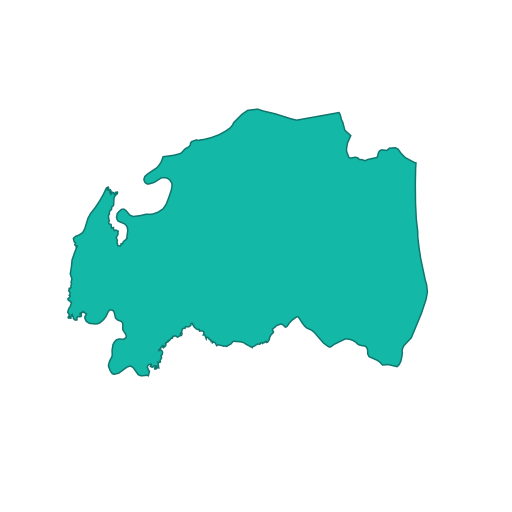 outline of Thoulakhom, Vientiane, Laos, rotated 23°
{"feature_id": "54806243B19850954629179", "entity_name": "Thoulakhom", "entity_type": "district", "adm_level": 2, "iso_a3": "LAO", "parent_name": "Laos", "parent_adm1": "Vientiane", "projection": "equal_earth", "projection_center": [102.616, 18.346], "detail": "fine", "context": "isolated", "style": "filled", "palette": "teal", "viewbox_px": 512, "rotation_deg": 23, "n_neighbors": 0, "source": "geoboundaries", "source_scale": "gbopen_adm2", "svg_char_len": 6097}
<svg xmlns="http://www.w3.org/2000/svg" viewBox="0 0 512 512"><g transform="rotate(23 256 256)"><path d="M183.3,142.0L183.3,144.6L182.1,148.3L179.1,153.1L174.5,158.9L168.7,164.4L162.4,169.2L159.2,171.0L158.1,172.1L155.8,172.4L152.0,175.9L151.6,177.7L152.1,179.2L151.7,181.5L148.9,185.0L147.1,190.1L145.9,191.6L141.0,195.4L131.7,200.9L132.0,206.0L131.3,210.3L130.3,213.4L124.3,222.6L122.6,226.2L122.8,229.1L123.6,230.3L125.3,231.8L127.9,232.2L129.2,231.6L132.8,228.7L134.1,227.2L138.3,221.1L141.0,219.7L144.1,219.0L147.1,219.8L150.0,221.8L151.2,223.9L152.3,228.5L152.9,236.6L153.1,243.6L152.0,248.9L149.0,253.6L144.9,257.5L142.3,259.0L138.5,260.5L133.9,263.9L127.6,267.6L123.9,267.7L118.6,265.0L116.0,264.5L114.0,265.6L112.7,268.2L111.7,271.0L112.6,275.2L113.7,276.5L115.5,277.8L122.2,277.7L124.2,278.4L125.7,279.3L127.9,282.3L129.9,289.6L130.5,290.0L128.3,294.7L128.4,296.8L127.0,297.5L127.4,298.7L127.2,299.8L124.8,300.5L123.4,298.5L122.7,298.1L122.3,295.8L120.2,293.8L120.5,290.0L119.7,288.4L119.5,287.0L116.8,286.9L115.7,288.0L114.2,286.8L113.7,285.5L112.0,286.7L110.3,283.6L108.1,283.8L107.3,282.8L107.2,280.8L106.1,279.6L104.5,276.8L104.4,275.8L104.7,274.9L104.0,273.3L103.9,271.2L104.8,269.8L104.1,266.9L105.0,265.4L105.0,264.7L102.5,257.7L103.0,254.9L104.0,252.8L103.8,251.8L103.4,251.3L101.8,252.3L101.9,253.7L101.3,254.5L100.9,254.4L100.1,253.3L99.4,253.7L98.7,253.5L98.4,255.5L97.3,253.2L96.8,253.3L96.8,254.7L96.2,254.3L96.6,252.3L96.2,251.9L95.8,251.9L95.3,252.7L93.4,253.3L93.3,252.4L94.0,252.0L93.9,251.0L92.9,250.3L91.7,251.9L91.4,259.2L90.5,266.7L89.1,274.2L87.1,281.8L86.6,286.9L87.7,297.5L87.5,301.1L86.7,303.2L84.4,306.4L82.4,308.2L81.4,310.0L81.1,311.3L83.0,313.9L84.9,314.5L84.7,316.4L86.4,317.3L87.3,316.5L87.8,317.3L87.2,318.9L87.7,319.6L87.6,321.9L88.2,331.4L90.2,337.6L92.0,345.0L95.5,349.0L96.1,352.7L97.1,353.7L97.2,355.2L97.8,356.8L97.7,358.2L96.7,358.7L96.7,359.1L97.3,359.4L97.0,360.6L97.5,361.5L98.5,361.9L99.6,363.2L99.7,364.4L99.4,365.1L100.6,365.5L100.8,365.9L99.5,369.1L100.9,370.2L102.1,369.8L103.2,370.9L104.1,370.7L104.5,371.4L104.7,375.3L104.3,376.9L104.4,380.0L104.7,381.4L106.9,382.8L107.1,383.7L108.0,384.7L107.1,385.2L107.0,385.9L107.6,386.4L109.9,385.6L109.2,383.5L109.3,382.4L109.7,381.7L110.5,383.0L111.7,383.4L112.0,384.5L112.6,385.0L114.7,385.7L116.2,384.7L115.4,383.4L115.4,382.0L116.6,380.7L117.3,380.9L118.5,380.2L118.7,379.2L118.2,378.5L116.8,378.5L116.6,377.1L117.7,377.3L117.6,376.2L118.5,374.6L118.8,374.6L119.1,375.4L120.1,375.0L122.6,375.7L122.2,378.7L122.8,380.2L124.9,382.2L126.3,382.7L129.0,383.1L134.5,381.4L136.5,380.4L138.5,378.4L140.6,374.0L141.5,370.4L141.7,365.8L142.2,363.1L144.3,362.0L146.2,362.3L147.5,363.3L151.0,368.1L153.9,369.0L157.4,368.8L159.2,369.7L160.3,371.3L161.8,375.2L162.4,376.1L167.1,379.3L168.2,381.1L168.0,382.3L167.3,383.6L166.1,384.6L162.3,385.9L160.3,387.7L159.2,390.4L159.0,393.6L160.3,398.8L162.4,403.4L162.7,405.4L162.3,409.4L162.7,413.7L163.5,415.4L166.9,418.8L169.7,420.5L171.5,420.4L175.4,417.5L180.8,408.5L183.0,406.6L184.2,406.3L186.7,406.8L194.0,411.3L197.1,411.2L202.5,408.3L203.7,408.3L202.9,403.6L201.2,402.8L200.3,401.5L199.1,400.7L199.5,398.1L201.7,396.5L202.2,397.0L201.9,398.9L203.4,399.0L204.4,398.6L205.1,397.0L207.3,396.0L207.7,396.6L206.4,398.4L206.8,399.6L208.0,399.3L208.3,397.9L210.3,396.9L209.3,396.0L209.3,395.2L208.5,394.4L208.0,392.7L207.2,392.2L209.1,391.5L209.4,390.8L208.5,389.8L208.9,386.9L208.7,386.2L207.5,385.1L208.2,383.1L207.5,380.9L205.8,379.7L205.5,380.0L204.5,379.7L203.6,381.0L203.2,380.1L204.3,378.3L204.4,376.4L205.0,374.8L205.9,374.7L206.0,376.4L206.5,376.7L207.6,374.9L207.9,373.5L207.5,372.5L206.9,372.2L207.3,371.5L206.9,370.9L208.4,369.7L208.6,369.1L208.1,368.7L208.1,368.3L208.6,367.8L209.0,368.0L209.6,366.9L209.9,365.1L211.1,364.4L210.8,363.9L211.0,363.5L210.8,362.4L211.9,362.0L212.3,361.3L213.2,361.0L215.5,361.4L217.4,358.7L218.0,358.7L218.5,357.9L218.2,356.6L217.8,357.3L217.1,357.4L216.7,356.9L217.3,355.7L217.0,354.9L217.1,353.8L216.7,352.6L216.8,351.8L218.0,350.5L218.9,350.4L218.8,348.5L221.2,347.8L222.1,347.1L223.1,345.3L222.6,343.5L222.9,343.1L223.7,342.9L225.0,344.2L225.6,344.2L226.1,345.1L229.4,346.4L231.2,346.5L232.3,345.8L232.4,346.4L233.6,347.2L235.0,346.1L237.0,346.0L238.2,347.0L238.3,349.3L239.7,348.7L242.7,351.8L242.6,350.0L243.4,349.7L244.6,350.0L245.3,350.9L246.2,350.7L247.1,351.6L247.9,351.2L248.4,352.4L249.6,351.8L249.9,352.8L250.7,351.6L252.2,351.8L254.9,353.9L255.7,352.6L260.0,351.7L261.1,351.8L263.4,350.6L263.9,350.9L264.6,350.5L265.3,349.1L267.3,346.7L268.3,343.4L275.0,341.1L277.3,340.7L279.2,340.6L281.0,341.1L288.2,341.7L287.9,341.1L289.2,340.2L291.7,336.5L294.0,335.7L294.4,333.8L295.3,333.7L296.1,334.1L297.2,332.3L297.8,332.3L298.4,330.7L298.9,330.6L299.5,331.4L300.3,330.9L300.9,327.8L300.4,325.8L300.6,322.8L301.9,319.6L301.7,319.0L300.0,317.6L299.8,316.7L301.5,313.6L302.0,312.1L305.5,308.8L308.1,308.9L310.3,309.9L311.2,309.9L312.1,308.5L312.8,305.0L314.1,301.3L317.3,296.0L318.0,295.6L318.8,295.7L320.4,296.6L324.6,299.5L328.3,301.6L330.7,302.4L336.2,302.6L339.6,303.6L352.3,309.8L358.6,311.2L359.8,310.9L360.7,309.8L362.3,307.0L369.9,298.2L371.4,297.0L375.4,296.0L378.5,295.9L381.3,296.3L384.5,297.5L386.6,297.5L391.9,296.3L394.0,297.2L395.5,299.0L397.2,302.6L399.5,304.5L407.8,304.6L411.2,305.2L415.0,306.9L420.2,304.3L429.2,302.7L430.3,299.7L430.4,296.0L429.5,291.3L428.5,287.8L427.5,286.2L427.1,284.2L427.1,280.9L430.9,270.6L430.7,244.6L429.5,229.6L427.9,222.3L424.4,216.0L420.9,211.6L408.6,194.0L402.8,184.6L397.4,175.1L395.2,170.1L389.2,159.5L382.3,145.3L374.5,127.4L368.7,113.0L366.9,107.8L365.7,108.1L354.9,107.1L349.6,104.9L344.9,102.1L342.0,101.9L336.6,104.7L335.3,107.7L330.4,109.1L329.0,110.4L328.3,112.6L328.9,116.5L328.8,118.1L322.5,122.5L320.5,124.1L319.5,125.6L316.0,125.9L313.3,126.8L311.3,125.9L309.0,126.2L304.5,129.1L303.0,128.9L299.1,125.0L297.6,122.6L296.1,116.6L296.2,108.2L288.6,105.5L283.7,99.1L281.4,97.1L278.5,93.3L276.4,91.5L240.3,115.1L233.3,116.2L218.2,117.6L205.9,119.7L200.1,120.2L191.4,125.2L187.8,130.9L183.3,142.0Z" fill="#14b8a6" stroke="#0f766e" stroke-width="1.5"/></g></svg>